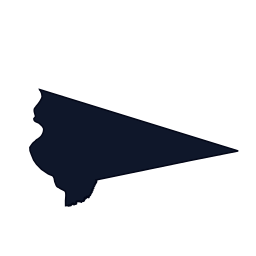 Puerto Nariño, Amazonas, Colombia, rotated 75°
{"feature_id": "7082276B14998951172946", "entity_name": "Puerto Nariño", "entity_type": "district", "adm_level": 2, "iso_a3": "COL", "parent_name": "Colombia", "parent_adm1": "Amazonas", "projection": "albers", "projection_center": [-70.424, -3.539], "detail": "fine", "context": "isolated", "style": "filled", "palette": "ink", "viewbox_px": 256, "rotation_deg": 75, "n_neighbors": 0, "source": "geoboundaries", "source_scale": "gbopen_adm2", "svg_char_len": 4694}
<svg xmlns="http://www.w3.org/2000/svg" viewBox="0 0 256 256"><g transform="rotate(75 128 128)"><path d="M186.9,208.4L187.1,207.1L187.1,206.8L187.1,206.6L187.4,206.3L187.8,206.0L187.9,205.8L187.8,205.6L187.5,205.5L187.3,205.4L187.1,205.2L187.1,204.8L187.2,204.7L187.3,204.8L187.4,205.0L187.6,205.1L187.9,205.0L188.0,204.8L188.0,204.6L188.1,204.4L188.1,204.1L188.1,203.5L188.1,203.1L187.8,202.8L187.6,202.7L187.4,202.7L187.2,202.9L187.0,202.7L186.9,202.6L186.7,202.5L186.7,202.3L186.7,202.1L186.8,202.0L187.0,201.9L187.2,201.7L186.9,201.5L186.7,201.4L186.3,201.3L186.3,201.1L186.3,200.9L186.3,200.7L186.4,200.3L186.5,200.2L186.6,200.6L186.8,200.7L187.0,200.6L187.3,200.6L187.6,200.6L187.8,200.4L187.7,200.2L187.8,200.1L187.9,199.9L188.1,199.9L188.1,199.6L187.9,199.5L187.9,199.2L188.0,198.7L188.0,198.3L188.0,198.1L188.0,197.8L188.0,197.6L187.9,197.4L187.5,197.3L187.3,197.2L187.1,197.1L186.9,197.4L186.9,197.6L186.9,197.8L186.7,197.8L186.6,197.7L186.7,197.3L186.7,197.2L186.0,197.1L185.6,197.0L185.6,196.9L185.7,196.7L185.8,196.7L185.7,196.5L185.5,196.4L185.4,196.4L185.5,196.0L185.5,195.6L185.9,195.6L186.0,195.7L186.2,195.1L186.1,194.9L186.1,194.7L186.3,194.5L186.4,194.4L186.2,194.3L185.9,194.5L185.8,194.4L185.9,194.1L185.9,193.9L186.0,193.7L186.4,193.6L186.5,193.4L186.5,193.1L186.6,192.9L186.8,192.8L187.1,192.8L187.5,192.5L187.6,192.4L187.6,192.2L187.4,192.1L187.3,192.3L187.2,192.4L186.8,192.4L186.6,192.3L186.7,192.1L186.8,191.8L186.9,191.6L187.0,191.3L187.0,190.9L187.2,190.6L187.2,190.4L187.2,190.2L186.9,190.4L186.9,190.7L186.7,190.7L186.4,190.5L186.4,190.4L186.4,190.2L186.4,189.8L186.6,189.2L186.6,188.9L186.1,188.5L185.9,188.5L185.7,188.6L185.6,188.9L185.4,188.9L185.3,188.7L185.5,188.5L185.5,188.2L185.4,187.8L185.4,187.4L185.3,187.2L185.1,187.1L185.0,187.4L185.1,187.6L185.1,187.8L184.5,188.0L184.4,188.1L184.2,188.2L183.9,187.8L184.0,187.7L184.6,187.3L184.8,187.0L184.9,186.7L184.9,186.3L184.7,185.9L184.5,185.6L184.3,185.5L184.1,185.6L183.7,186.0L183.4,186.0L183.3,185.9L183.5,185.6L183.8,185.4L184.0,185.1L184.5,184.7L184.7,184.4L185.0,184.2L185.0,183.8L184.7,183.6L184.4,183.5L184.3,183.4L184.2,183.4L184.0,183.5L184.3,183.7L184.4,183.8L184.4,184.0L184.2,184.1L183.8,184.3L183.7,184.2L183.7,183.9L183.8,183.8L183.8,183.7L183.6,183.6L183.4,183.6L183.4,183.4L183.5,183.3L183.5,183.1L183.6,182.9L183.6,182.7L183.5,182.4L183.3,182.3L183.2,182.3L183.1,182.2L183.2,181.8L183.1,181.7L182.6,181.7L182.2,181.5L182.1,181.3L182.1,181.0L181.8,181.0L181.7,180.9L181.7,180.6L181.3,180.3L181.2,180.1L180.9,180.3L180.7,180.4L180.5,180.2L180.7,179.8L180.8,179.8L180.8,179.6L180.7,179.4L179.9,179.3L179.6,179.3L179.5,179.2L179.5,178.8L179.3,178.8L179.2,178.7L179.3,178.3L179.2,178.2L178.9,178.2L178.7,178.4L178.6,178.1L178.4,177.8L178.2,177.8L177.9,178.0L177.9,178.3L177.8,178.2L177.7,178.0L177.6,177.9L177.3,177.7L177.3,177.1L177.2,176.8L176.8,177.0L176.6,176.9L176.3,176.9L176.2,176.9L176.1,176.7L176.0,176.3L175.8,175.9L175.7,176.0L175.4,176.1L175.2,176.0L174.7,175.7L174.6,175.4L174.4,175.3L174.1,175.1L174.3,174.9L174.4,174.7L174.1,174.6L174.0,174.4L173.8,174.2L173.5,174.2L173.4,174.2L173.4,173.9L173.2,173.8L173.2,173.5L172.9,173.5L172.6,173.5L172.3,173.5L172.3,173.3L172.3,173.2L172.3,172.8L172.2,172.8L172.0,173.1L171.9,173.1L171.8,172.9L172.0,172.5L172.0,172.4L171.9,172.3L171.6,172.3L171.3,172.2L171.2,172.1L170.9,172.5L170.4,172.6L170.1,172.6L169.9,172.5L175.5,76.0L178.7,27.5L67.9,203.5L68.1,203.5L68.3,203.5L69.2,203.0L69.5,202.9L71.2,202.6L71.6,202.5L72.7,202.5L73.1,202.5L75.3,202.8L75.6,202.9L76.0,203.1L76.8,203.6L77.4,204.1L79.5,206.1L81.7,208.8L82.6,210.1L83.2,211.0L83.8,211.6L84.7,212.9L84.9,213.1L85.5,213.6L86.0,213.8L86.6,214.0L87.3,214.2L88.3,214.3L89.2,214.3L90.8,214.3L91.6,214.2L92.2,214.3L92.9,214.4L93.0,214.5L93.3,214.6L93.6,215.0L94.4,216.3L94.6,216.5L95.0,216.6L95.8,216.6L96.3,216.6L96.7,216.4L97.0,216.3L97.3,216.1L97.8,215.7L98.3,215.1L99.2,214.0L99.8,213.1L101.0,212.2L103.4,210.7L103.9,210.4L104.7,210.1L105.4,209.9L106.0,209.7L106.7,209.7L107.2,209.7L107.5,209.8L108.9,210.3L110.1,210.9L111.6,212.0L112.7,213.1L113.5,214.0L114.4,215.6L115.3,217.8L115.6,219.0L115.8,219.5L116.0,219.9L116.3,220.5L116.8,221.1L116.9,221.4L117.6,223.1L117.9,223.6L118.3,224.2L119.5,225.7L121.3,227.8L124.6,228.5L128.2,228.2L134.5,227.4L139.3,225.7L145.6,222.2L151.6,217.0L152.0,216.5L152.3,216.2L153.4,214.7L154.2,213.6L154.6,213.2L154.9,213.0L155.4,212.7L155.8,212.6L156.4,212.5L157.4,212.3L160.8,212.6L164.5,212.2L165.1,212.1L165.7,211.9L166.3,211.6L166.7,211.3L166.9,211.1L167.3,210.6L167.5,210.3L168.7,209.3L169.3,208.7L171.7,206.0L172.4,205.4L173.1,204.9L175.2,205.0L177.3,205.5L181.9,207.1L186.9,208.4Z" fill="#0f172a" stroke="#020617" stroke-width="1.5"/></g></svg>